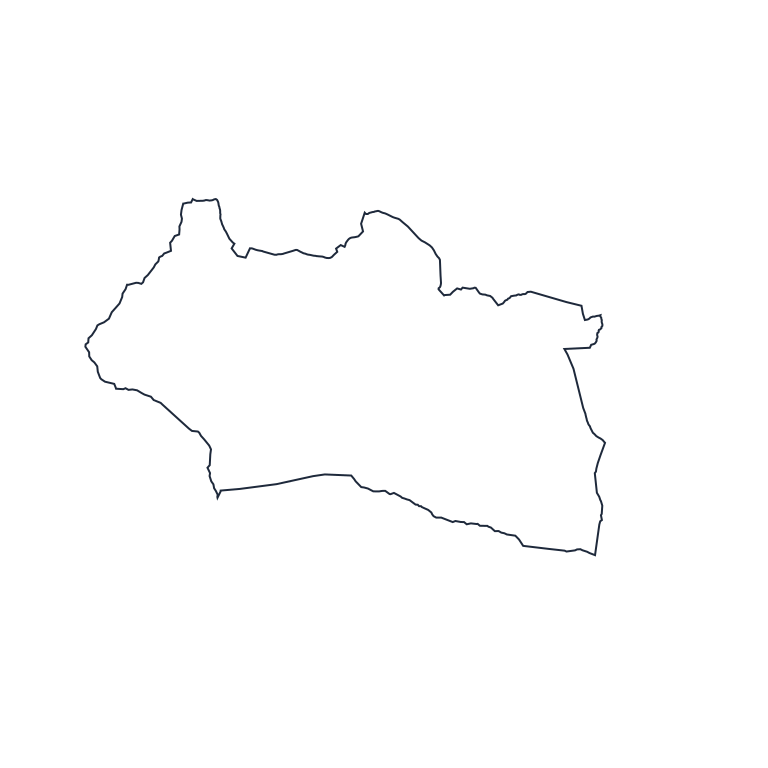 outline of Kwabre East, Ashanti, Ghana, rotated 228°
{"feature_id": "2480657B60556198830817", "entity_name": "Kwabre East", "entity_type": "district", "adm_level": 2, "iso_a3": "GHA", "parent_name": "Ghana", "parent_adm1": "Ashanti", "projection": "orthographic", "projection_center": [-1.514, 6.788], "detail": "fine", "context": "isolated", "style": "outline", "palette": "slate", "viewbox_px": 768, "rotation_deg": 228, "n_neighbors": 0, "source": "geoboundaries", "source_scale": "gbopen_adm2", "svg_char_len": 6166}
<svg xmlns="http://www.w3.org/2000/svg" viewBox="0 0 768 768"><g transform="rotate(228 384 384)"><path d="M147.5,464.8L151.7,466.8L153.0,467.1L156.2,468.5L160.7,469.4L176.7,481.0L177.1,482.9L179.1,485.3L182.2,490.0L186.2,497.2L192.4,508.9L194.0,508.9L195.9,509.0L197.4,508.7L198.7,508.4L200.2,507.8L201.8,507.3L203.4,506.9L205.2,506.9L206.7,506.8L208.0,506.6L209.1,506.9L212.8,507.9L213.9,508.3L214.4,508.6L215.3,508.8L216.3,508.8L217.7,509.1L219.0,509.7L220.4,510.1L221.5,510.6L222.6,511.3L223.7,511.8L224.4,512.2L225.3,512.7L226.1,513.1L227.0,513.7L227.5,513.9L232.9,516.0L268.5,535.0L283.1,540.1L289.3,541.5L273.2,561.2L274.5,564.2L273.9,565.4L273.2,566.9L273.0,567.8L273.2,569.2L273.8,570.9L274.9,571.7L275.7,573.6L276.3,574.4L277.4,575.0L277.9,575.2L278.1,575.5L278.9,576.4L278.9,576.7L279.1,576.9L278.9,577.8L279.1,578.5L280.1,579.3L280.4,580.0L279.9,581.3L280.1,583.1L280.8,583.6L281.1,585.2L282.2,586.2L282.8,586.5L284.0,587.0L285.2,587.9L285.7,588.6L287.0,589.1L287.9,589.8L289.7,590.0L290.3,590.9L291.0,589.4L292.2,587.7L293.2,585.5L294.3,584.4L295.3,582.0L295.2,580.3L295.5,578.9L296.0,577.9L297.1,576.1L303.1,578.8L310.0,583.1L322.8,574.4L354.3,554.9L354.7,554.4L355.8,552.9L356.3,552.2L356.2,549.6L356.6,548.8L357.2,548.1L357.7,547.6L358.2,546.7L358.4,545.8L358.7,545.3L359.3,544.6L360.3,544.2L360.7,543.7L361.0,542.9L361.3,542.0L361.3,541.6L362.6,539.8L364.2,537.2L364.1,536.4L363.9,535.6L363.9,534.7L364.1,534.0L364.4,533.3L364.3,532.7L364.1,532.1L364.3,531.5L364.7,530.5L364.9,529.6L364.6,528.4L364.4,527.1L364.3,526.1L366.1,521.5L374.3,522.1L375.5,522.3L378.4,521.8L380.9,519.9L382.6,519.1L384.7,517.1L386.9,515.8L388.3,515.8L394.1,516.5L395.1,515.6L395.3,514.6L397.3,511.5L403.0,506.9L402.7,504.4L406.1,502.3L406.4,496.9L406.1,492.9L409.5,488.6L409.6,487.9L417.0,487.9L418.0,488.0L418.6,488.7L418.5,490.2L418.8,491.1L419.7,492.5L420.6,493.6L421.1,494.1L426.9,498.7L438.8,508.6L440.6,509.1L442.9,509.0L446.0,509.4L449.9,510.5L453.4,511.0L456.5,510.7L461.9,509.2L465.5,507.8L468.5,507.4L469.6,507.3L485.1,507.1L491.9,506.1L495.6,505.7L497.1,505.2L500.5,503.1L502.2,502.2L507.8,500.0L508.9,499.5L509.6,499.2L510.5,498.7L511.6,497.9L513.1,497.1L514.3,496.6L515.3,496.2L516.3,495.7L517.0,494.9L517.5,494.0L518.4,492.5L518.5,492.0L518.9,491.3L519.6,490.3L520.0,489.4L520.8,487.9L521.0,487.4L521.1,486.2L521.2,485.7L522.4,484.4L523.3,484.3L524.2,484.3L518.4,474.2L511.4,470.5L510.9,463.9L511.0,463.5L511.7,462.2L512.6,460.6L514.3,458.2L514.8,457.3L515.1,456.4L515.3,455.0L515.2,453.8L514.6,450.8L514.1,449.5L512.9,447.9L512.3,446.5L516.2,444.8L516.7,439.0L513.5,437.7L513.5,433.3L513.3,430.8L513.3,429.9L513.5,429.4L513.7,428.5L514.2,427.7L514.9,426.8L515.3,426.5L515.8,425.9L516.5,425.4L517.3,424.9L517.9,424.5L518.6,424.3L519.2,423.9L520.1,423.3L520.6,422.8L522.5,421.0L523.5,420.1L524.1,419.5L524.9,419.0L526.4,417.6L527.5,416.8L529.5,415.4L531.0,414.1L532.1,413.4L533.4,412.8L535.1,411.6L537.0,410.9L538.1,410.4L539.6,409.9L540.7,409.5L541.6,409.2L542.2,408.7L542.7,408.1L542.9,407.7L544.0,405.2L548.0,396.8L548.2,396.2L549.1,394.7L550.0,393.6L550.9,392.6L551.5,391.7L552.1,390.4L553.1,389.4L553.4,389.1L563.4,382.8L564.1,382.6L565.9,381.2L566.6,380.6L568.2,379.4L569.0,378.9L569.6,378.5L572.7,376.9L573.2,376.5L573.7,376.1L574.1,375.5L574.5,375.2L570.5,365.7L577.2,360.8L586.7,361.5L588.4,366.7L588.7,366.6L589.8,366.4L590.6,366.3L591.9,366.3L592.5,366.3L593.7,366.3L594.3,366.3L595.4,366.3L600.9,367.9L603.3,368.5L605.0,368.7L606.1,368.9L606.9,369.3L609.0,370.0L610.0,370.3L610.9,370.5L611.6,370.9L612.5,371.3L613.4,371.8L613.8,371.9L614.5,372.3L615.1,372.5L615.4,372.5L616.6,373.1L618.8,375.2L619.3,375.9L620.6,376.6L622.4,378.2L623.6,379.0L624.5,379.3L625.7,380.1L626.9,380.5L627.8,381.0L628.8,381.7L630.0,382.4L630.8,382.7L631.7,382.9L632.3,383.1L632.7,383.1L633.1,383.0L633.4,382.9L633.7,382.9L634.1,382.6L634.3,382.4L634.4,382.0L634.7,381.6L634.9,381.2L635.1,380.4L635.3,379.7L635.6,379.2L636.0,378.5L636.5,377.9L636.9,377.2L638.1,376.3L639.1,375.5L639.7,374.9L640.2,374.2L640.3,373.7L640.6,373.1L640.9,372.8L641.0,372.5L641.2,372.2L645.4,367.3L648.9,365.7L649.4,365.6L648.0,362.1L650.1,359.5L652.2,355.7L652.4,355.5L648.8,350.0L645.7,346.4L642.1,344.5L640.0,342.0L638.0,337.4L635.7,335.5L632.2,331.8L634.0,327.5L632.3,322.2L632.1,319.6L625.5,314.8L627.3,309.9L628.1,308.0L627.6,304.9L628.3,303.0L628.5,301.5L627.2,299.9L626.1,298.3L625.9,294.1L624.7,290.9L623.0,281.4L623.0,277.0L620.8,273.0L620.8,270.7L623.6,269.0L625.1,267.5L628.7,260.5L629.7,259.5L627.4,255.4L626.1,250.2L623.8,247.6L620.8,241.3L619.5,229.7L616.6,223.3L617.2,217.2L618.9,212.4L619.3,210.2L617.6,206.7L615.7,199.5L615.7,195.0L612.8,192.0L613.1,188.8L611.5,187.0L604.9,186.1L601.7,183.4L597.3,182.7L593.9,183.2L589.0,182.7L584.6,179.5L578.4,177.1L576.7,177.1L572.4,178.2L564.6,183.6L560.8,182.2L559.8,181.7L554.6,186.8L553.8,189.1L550.6,190.2L548.3,193.4L544.5,196.3L539.6,197.8L536.4,198.9L530.5,202.3L526.2,202.1L519.4,205.4L516.7,205.6L481.3,209.2L477.6,209.9L473.2,213.9L471.4,214.1L467.9,213.3L463.1,213.3L455.2,212.9L451.2,211.7L448.0,207.9L443.3,203.2L440.3,200.2L439.9,196.8L434.2,195.1L432.3,192.8L427.2,190.5L423.6,190.1L420.2,188.0L417.1,187.5L413.0,186.3L411.6,184.6L410.9,184.2L413.5,190.7L414.1,191.3L402.6,206.5L381.5,237.1L363.0,269.6L356.4,279.5L337.9,298.4L333.3,298.2L330.6,297.8L322.6,298.1L320.5,299.9L317.1,302.1L311.4,304.2L307.6,308.3L307.0,309.2L306.1,310.6L305.3,311.7L303.8,313.4L299.5,314.3L298.5,314.5L297.8,315.1L296.4,318.5L289.2,321.1L287.3,321.3L285.2,322.6L282.9,323.8L280.6,325.3L274.0,326.6L273.2,326.8L271.7,328.3L269.8,328.3L268.3,329.8L267.1,329.8L260.8,332.6L256.8,333.2L254.9,332.6L252.6,332.4L249.8,333.4L246.4,337.2L245.9,337.4L235.4,342.7L234.4,345.4L230.1,348.7L227.8,351.1L224.4,351.6L222.3,355.3L218.0,359.1L217.4,360.0L214.5,360.4L209.9,365.3L209.4,365.9L208.1,366.1L205.8,367.4L200.5,367.9L198.0,370.8L195.1,371.7L192.5,373.6L190.0,374.6L183.4,380.1L178.1,380.3L170.6,379.1L151.2,396.1L139.3,406.7L137.4,407.5L132.5,414.7L131.9,416.8L129.8,419.4L127.7,420.2L123.4,422.7L120.9,423.6L115.6,426.3L135.5,450.0L137.3,452.8L137.1,454.9L141.3,457.4L141.8,458.9L147.5,464.8Z" fill="none" stroke="#1e293b" stroke-width="2"/></g></svg>